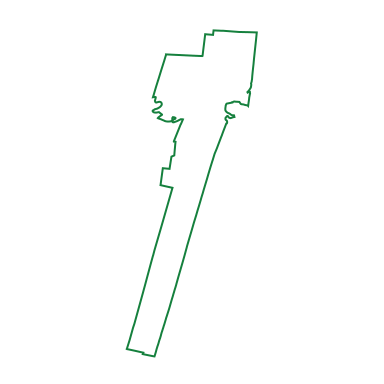 outline of Balaciu, Ialomita, Romania, rotated 170°
{"feature_id": "2599482B99683326218446", "entity_name": "Balaciu", "entity_type": "district", "adm_level": 2, "iso_a3": "ROU", "parent_name": "Romania", "parent_adm1": "Ialomita", "projection": "robinson", "projection_center": [26.903, 44.669], "detail": "fine", "context": "isolated", "style": "outline", "palette": "green", "viewbox_px": 384, "rotation_deg": 170, "n_neighbors": 0, "source": "geoboundaries", "source_scale": "gbopen_adm2", "svg_char_len": 5465}
<svg xmlns="http://www.w3.org/2000/svg" viewBox="0 0 384 384"><g transform="rotate(170 192 192)"><path d="M118.2,341.5L133.8,345.5L134.2,345.5L142.7,347.4L144.0,343.1L151.3,345.0L151.6,345.1L158.0,324.2L158.3,324.1L160.2,324.5L167.0,326.0L174.1,327.6L180.7,329.1L182.1,329.4L193.6,332.0L193.6,331.9L195.0,329.2L196.4,326.4L201.1,317.4L205.7,308.4L206.1,307.8L206.1,307.6L206.3,307.4L206.4,307.1L207.8,304.4L209.2,301.7L211.2,297.7L213.2,293.6L213.5,293.1L214.0,292.1L213.1,292.1L212.2,292.1L211.4,291.8L211.4,291.6L211.3,291.4L211.4,291.1L211.5,290.8L211.7,290.4L211.9,290.0L212.0,289.7L212.4,288.9L212.7,288.2L212.6,287.6L212.5,287.0L212.1,286.5L211.5,286.3L211.2,286.4L210.9,286.4L210.3,286.4L209.6,286.5L208.4,286.5L207.3,286.1L206.7,285.3L206.5,284.6L206.5,283.8L206.7,283.2L207.1,282.6L207.8,282.0L208.0,281.8L208.3,281.6L208.9,281.2L209.6,280.9L211.3,280.3L212.0,280.1L212.6,280.1L213.2,280.0L213.8,280.0L214.0,279.9L214.3,279.9L214.6,279.8L214.8,279.7L215.1,279.5L215.4,279.4L215.7,279.3L216.1,279.2L216.3,279.1L216.7,278.7L216.7,278.3L216.5,277.9L216.4,277.7L215.9,277.2L215.4,276.9L214.7,276.7L214.0,276.5L213.6,276.4L213.3,276.4L211.7,276.4L210.7,276.4L208.1,273.5L208.2,273.2L211.4,271.7L212.1,271.3L212.8,270.7L212.6,270.5L209.4,268.7L208.8,268.2L208.1,267.8L207.6,267.5L206.9,267.0L206.7,266.8L206.4,266.6L205.9,266.4L205.4,266.1L205.0,266.0L204.1,265.7L203.5,265.6L202.5,265.4L202.2,265.4L201.7,265.3L201.1,265.3L200.8,265.3L200.3,265.4L199.9,265.5L199.6,265.6L199.3,265.8L199.0,266.2L198.9,266.5L198.7,267.3L198.7,267.7L198.6,268.0L198.5,268.3L198.3,268.6L198.0,268.8L197.8,269.0L197.6,268.9L197.3,268.9L196.9,268.8L196.6,268.6L196.3,268.5L196.1,268.4L195.7,268.1L195.5,267.9L195.4,267.7L195.5,267.4L195.6,267.2L195.9,267.0L196.1,266.9L196.4,266.9L196.9,266.8L197.4,266.6L197.8,266.4L198.2,266.2L198.4,266.0L198.6,265.7L198.7,265.4L198.8,265.1L198.9,264.7L199.0,264.4L199.0,264.2L198.9,264.1L198.3,263.9L197.9,263.8L197.2,263.9L196.2,264.1L194.9,264.3L193.6,264.6L192.5,265.0L191.1,265.4L190.5,265.6L190.1,265.5L188.5,265.2L188.3,265.1L190.2,262.2L191.2,260.7L191.4,260.6L200.8,245.5L201.1,245.0L201.1,244.9L200.9,244.9L199.5,244.3L200.1,242.3L202.0,235.3L203.1,231.1L203.8,230.9L204.4,230.8L205.2,230.6L206.1,230.4L210.1,218.7L216.6,220.5L221.8,204.2L210.5,199.5L218.0,184.1L228.5,162.6L239.1,141.1L241.2,136.5L241.7,135.6L244.5,129.7L251.1,115.6L254.4,108.5L255.1,107.0L255.4,106.4L256.3,104.5L257.7,101.5L271.5,72.5L271.8,71.9L273.6,68.6L279.2,56.9L280.3,54.8L283.4,48.8L283.5,48.7L283.4,48.6L281.3,47.8L275.9,45.6L267.8,42.2L268.6,40.9L262.3,38.4L258.7,37.0L257.5,36.6L256.9,37.7L255.3,40.9L254.2,43.3L253.9,43.9L253.8,44.1L253.3,45.0L253.0,45.7L252.8,46.1L252.5,46.5L251.5,48.4L251.0,49.4L250.3,50.9L249.7,52.0L249.4,52.6L249.0,53.2L248.6,54.0L247.9,55.4L247.6,56.0L247.3,56.7L247.0,57.4L246.6,58.2L246.3,58.9L246.0,59.4L245.8,59.7L245.6,60.2L245.4,60.4L245.3,60.7L245.1,61.1L244.9,61.4L244.6,62.1L244.3,62.6L244.0,63.1L243.9,63.4L243.5,64.1L243.4,64.3L243.3,64.6L242.3,66.4L239.7,71.6L239.6,71.9L238.2,74.5L235.1,80.4L233.9,82.8L232.6,85.5L230.4,90.0L229.2,92.3L227.7,95.4L226.9,96.9L226.9,97.0L226.6,97.6L225.5,99.8L225.0,100.7L224.3,102.1L223.6,103.5L223.5,103.8L220.2,110.7L217.0,117.2L213.7,123.9L210.5,130.5L208.1,135.6L207.3,137.3L207.2,137.5L207.0,137.9L206.4,139.3L201.0,150.2L200.3,151.6L197.3,157.7L195.5,161.4L192.0,168.2L189.6,173.1L187.9,176.4L185.0,182.2L183.8,184.7L183.1,186.1L181.8,188.6L179.9,192.5L175.0,202.2L173.0,206.3L169.7,212.9L166.5,219.1L166.1,219.8L163.1,225.7L159.9,230.7L158.5,233.1L157.3,235.1L153.6,241.3L152.7,242.7L152.6,242.9L152.4,243.3L150.3,246.9L147.1,252.2L146.6,253.1L146.4,253.4L146.1,253.4L145.9,253.4L145.7,253.6L145.6,253.8L145.4,254.1L145.2,255.1L145.2,255.7L145.4,256.3L145.6,256.6L145.9,256.8L146.2,257.2L146.3,257.7L146.4,258.0L146.3,258.5L146.2,258.9L146.0,259.3L145.8,259.5L145.2,259.9L144.6,260.4L144.2,260.7L143.9,260.7L143.6,260.6L143.3,260.0L143.1,259.6L142.9,259.2L142.7,259.0L142.5,258.8L142.4,258.6L141.8,258.3L141.4,258.1L141.1,258.1L140.9,258.1L140.7,258.1L140.2,258.2L139.0,258.4L138.4,258.5L137.3,258.5L137.2,258.5L137.3,260.2L137.6,260.3L138.3,260.4L139.0,260.6L139.3,260.7L139.7,261.0L140.0,261.2L140.6,261.8L140.9,262.2L141.7,262.9L142.5,263.4L142.8,263.6L143.2,263.9L143.6,264.3L144.0,264.8L144.3,265.2L144.7,265.9L144.8,266.3L144.9,266.6L144.9,266.9L144.8,267.7L144.8,268.0L144.6,268.6L144.4,269.4L144.1,270.2L143.9,271.0L143.6,271.6L143.4,271.9L143.1,272.5L142.7,272.8L142.4,273.0L136.8,273.1L136.8,273.4L136.7,273.4L135.2,273.7L135.0,273.8L134.7,273.8L133.1,273.3L131.3,272.9L130.2,272.6L129.7,272.5L129.2,271.4L128.8,270.5L128.6,270.2L128.2,270.0L127.9,269.8L127.2,269.6L126.4,269.4L125.7,269.1L125.4,268.9L124.4,268.4L123.3,268.0L122.7,267.8L122.2,267.5L122.0,267.3L121.8,267.0L121.7,267.3L121.6,267.5L121.2,268.9L119.7,273.4L119.3,274.9L119.0,275.7L118.7,276.5L117.8,278.8L117.7,279.0L117.8,279.4L117.7,279.7L117.6,280.3L117.6,280.5L118.1,280.5L118.6,280.6L119.5,280.4L119.8,280.3L119.8,280.5L120.0,280.8L119.3,281.3L118.4,282.0L117.7,282.7L116.5,284.0L115.9,284.7L115.7,285.3L115.6,285.5L115.3,286.3L115.2,286.7L115.1,287.1L115.0,287.3L115.0,287.6L115.0,287.9L115.0,288.1L115.0,288.4L115.0,288.6L114.9,288.7L114.5,289.6L114.2,290.1L114.1,290.4L114.0,290.6L113.8,291.3L113.3,292.6L112.8,294.6L112.5,295.8L110.9,301.5L109.2,307.3L107.7,312.8L105.8,319.4L102.5,330.8L100.5,337.9L110.1,339.9L110.7,340.0L118.2,341.5Z" fill="none" stroke="#15803d" stroke-width="2"/></g></svg>